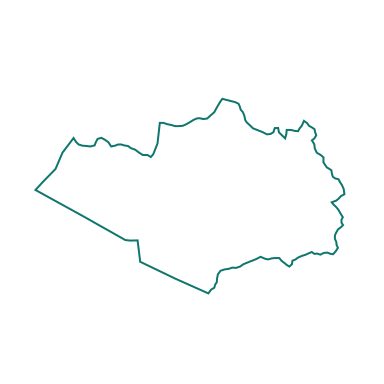 the district of Capela, Sergipe, Brazil, rotated 100°
{"feature_id": "56859067B50452585755721", "entity_name": "Capela", "entity_type": "district", "adm_level": 2, "iso_a3": "BRA", "parent_name": "Brazil", "parent_adm1": "Sergipe", "projection": "albers", "projection_center": [-37.055, -10.484], "detail": "fine", "context": "isolated", "style": "outline", "palette": "teal", "viewbox_px": 384, "rotation_deg": 100, "n_neighbors": 0, "source": "geoboundaries", "source_scale": "gbopen_adm2", "svg_char_len": 2154}
<svg xmlns="http://www.w3.org/2000/svg" viewBox="0 0 384 384"><g transform="rotate(100 192 192)"><path d="M107.6,85.1L106.5,88.2L104.2,90.6L102.5,94.1L107.8,95.4L110.9,97.2L113.7,98.1L114.0,101.0L113.7,105.2L114.4,109.5L118.5,109.2L123.0,109.6L120.9,112.7L118.2,116.7L114.0,118.3L114.7,121.6L119.0,122.2L121.3,124.9L122.2,128.3L120.8,132.7L118.7,143.0L116.3,146.5L114.0,150.1L112.0,152.0L107.6,153.8L104.5,155.8L102.5,158.3L99.5,159.8L97.0,161.5L96.0,165.1L95.0,178.3L97.6,179.6L100.7,180.8L104.7,182.3L109.5,183.9L113.0,186.7L117.0,189.8L118.2,193.6L118.0,197.3L118.8,200.2L120.8,203.1L123.7,206.3L126.4,209.6L128.4,212.6L129.3,216.0L130.1,220.1L129.6,224.1L129.5,228.5L128.9,231.9L129.5,235.7L150.2,234.4L161.5,236.7L164.7,238.6L163.3,242.4L164.1,246.9L162.3,251.2L160.2,255.3L159.4,259.9L157.8,263.0L157.9,266.6L157.5,270.1L158.1,273.2L159.7,275.7L161.2,279.5L157.5,283.0L155.7,286.8L154.4,290.6L156.1,294.2L159.8,295.4L163.0,296.0L164.8,300.0L165.0,303.9L165.4,308.1L164.9,311.9L162.9,314.8L159.4,318.0L175.8,326.4L193.0,330.4L208.1,340.7L217.2,346.5L234.8,294.9L250.9,249.3L250.6,244.6L249.1,237.2L269.7,230.9L280.3,193.2L289.0,158.3L284.8,156.2L282.4,153.4L279.4,153.2L276.5,151.9L272.6,152.3L268.5,152.2L264.6,150.2L262.6,146.5L261.2,142.3L259.5,139.2L259.1,135.5L257.1,131.7L254.4,129.1L252.4,126.0L250.2,122.5L248.5,119.6L246.7,116.8L243.9,113.2L245.0,108.7L245.2,105.5L243.4,101.6L242.6,98.6L241.9,94.5L244.2,91.9L245.9,88.6L247.3,86.2L248.5,83.2L245.9,81.1L242.2,81.1L240.5,78.4L238.2,76.2L235.9,72.8L234.1,69.3L232.2,66.6L230.3,63.6L231.7,60.8L230.9,58.1L231.4,54.7L229.1,51.6L228.2,48.1L228.8,45.2L228.8,42.3L225.5,40.2L221.6,38.6L219.3,40.3L216.2,41.2L213.2,43.2L210.0,43.7L207.0,43.0L203.5,41.7L200.8,39.2L198.4,37.5L196.3,39.4L193.6,40.0L190.6,39.1L187.4,42.0L184.3,44.5L181.7,47.5L179.8,50.4L177.9,52.6L175.5,48.6L173.4,46.7L170.2,44.6L167.7,41.5L162.6,43.2L159.2,45.5L156.8,47.8L154.0,49.9L153.8,53.2L152.6,55.9L150.1,57.2L146.3,58.6L144.3,63.6L140.0,67.7L135.1,68.5L133.2,71.7L131.7,75.9L127.9,78.6L123.7,79.9L120.3,82.9L118.2,80.9L114.6,79.5L111.6,81.2L108.9,82.2L107.6,85.1Z" fill="none" stroke="#0f766e" stroke-width="2"/></g></svg>